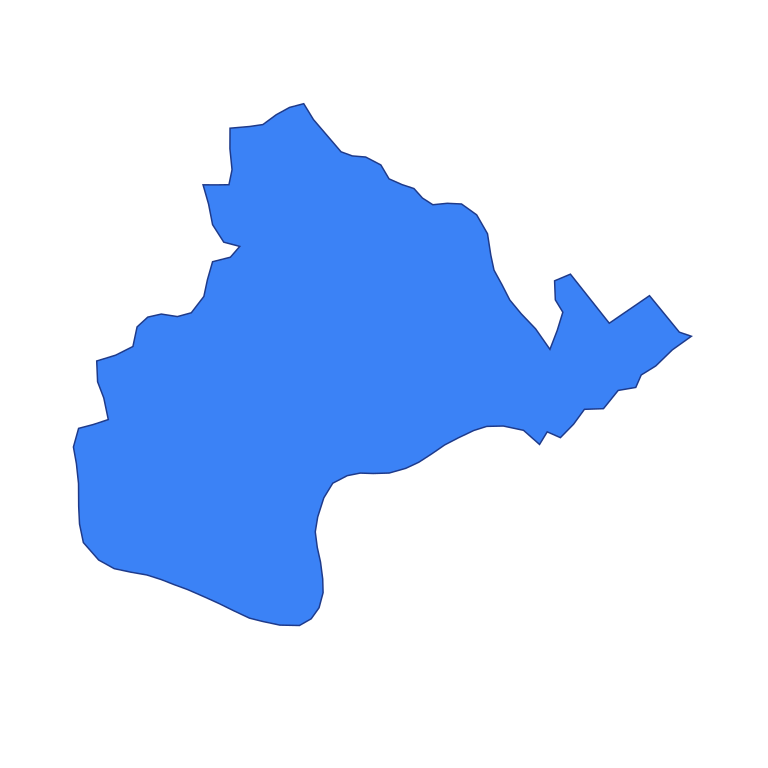 Paial, Santa Catarina, Brazil (Robinson projection), rotated 12°
{"feature_id": "56859067B54701998113386", "entity_name": "Paial", "entity_type": "district", "adm_level": 2, "iso_a3": "BRA", "parent_name": "Brazil", "parent_adm1": "Santa Catarina", "projection": "robinson", "projection_center": [-52.484, -27.213], "detail": "fine", "context": "isolated", "style": "filled", "palette": "blue", "viewbox_px": 768, "rotation_deg": 12, "n_neighbors": 0, "source": "geoboundaries", "source_scale": "gbopen_adm2", "svg_char_len": 1581}
<svg xmlns="http://www.w3.org/2000/svg" viewBox="0 0 768 768"><g transform="rotate(12 384 384)"><path d="M93.3,510.2L99.7,525.9L105.9,544.9L110.8,567.2L115.3,584.3L122.9,601.6L141.5,615.5L158.5,620.7L175.8,620.7L191.6,620.1L206.7,621.6L220.5,623.9L234.6,625.9L253.1,629.7L267.7,632.9L284.8,637.2L301.1,641.0L314.7,641.5L332.2,641.5L351.5,637.8L361.6,628.8L367.0,616.4L367.8,600.8L364.6,587.5L358.9,571.3L352.7,557.7L347.5,542.9L346.8,527.9L348.8,507.9L354.5,491.7L367.1,481.3L379.2,476.1L392.0,473.8L407.6,470.0L422.9,461.9L434.3,453.3L445.6,442.0L456.0,431.0L467.9,421.2L481.5,410.8L493.3,404.1L509.4,400.3L530.1,400.3L548.7,410.8L553.6,396.9L567.7,399.8L577.8,383.9L585.3,367.1L603.8,362.5L614.4,341.6L631.0,335.0L633.7,321.7L646.1,309.8L658.9,290.7L674.7,273.4L662.1,271.9L644.8,258.0L625.3,242.4L591.7,277.7L543.5,237.8L529.4,247.6L534.1,266.1L544.0,276.6L542.3,295.6L539.1,315.6L520.8,298.5L503.5,286.7L489.6,275.7L478.8,262.4L467.9,249.7L461.7,235.8L454.0,215.5L439.5,199.3L422.4,191.8L408.3,194.1L394.5,198.5L382.9,194.1L372.7,186.6L360.1,185.2L346.3,182.3L335.4,170.4L318.9,165.8L305.5,167.5L293.7,165.8L260.0,140.0L247.2,126.5L234.1,133.1L222.7,142.9L211.6,155.4L199.2,160.0L180.2,165.8L184.4,186.0L190.8,206.0L190.9,221.3L179.5,223.9L165.6,226.8L175.0,244.5L183.2,263.8L197.8,278.6L214.3,279.4L207.4,291.9L190.9,300.0L189.6,318.8L189.6,335.8L180.7,354.4L167.9,361.0L151.6,361.9L139.0,367.7L130.6,379.5L130.6,399.5L115.5,411.6L98.2,421.2L103.4,441.4L112.8,455.9L121.7,476.1L107.8,484.2L94.5,490.9L93.3,510.2Z" fill="#3b82f6" stroke="#1e3a8a" stroke-width="1.5"/></g></svg>